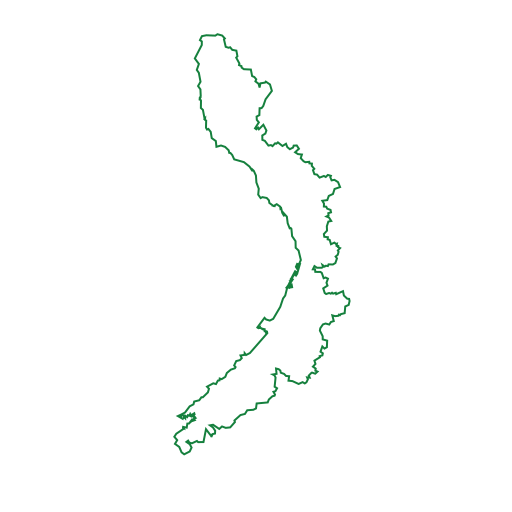 outline of Liguria, La Spezia, Italy, rotated 102°
{"feature_id": "23120603B90496191820000", "entity_name": "Liguria", "entity_type": "district", "adm_level": 2, "iso_a3": "ITA", "parent_name": "Italy", "parent_adm1": "La Spezia", "projection": "orthographic", "projection_center": [8.819, 44.226], "detail": "fine", "context": "isolated", "style": "outline", "palette": "green", "viewbox_px": 512, "rotation_deg": 102, "n_neighbors": 0, "source": "geoboundaries", "source_scale": "gbopen_adm2", "svg_char_len": 6082}
<svg xmlns="http://www.w3.org/2000/svg" viewBox="0 0 512 512"><g transform="rotate(102 256 256)"><path d="M83.1,292.5L81.3,294.8L80.8,297.2L74.7,299.8L75.8,306.7L74.7,309.2L73.3,309.7L72.8,312.3L71.1,312.3L66.1,316.6L64.5,315.7L59.2,317.9L59.3,322.1L57.2,324.7L58.0,326.1L57.7,329.1L50.7,332.4L49.7,331.7L47.4,334.9L47.1,339.8L48.9,341.6L50.4,350.4L52.2,354.6L56.5,355.7L57.4,353.6L60.9,352.9L75.5,356.9L80.0,351.8L86.3,352.6L88.7,350.0L97.1,346.5L101.8,348.0L104.6,345.0L111.1,343.3L112.7,343.8L112.8,343.5L113.2,343.8L114.6,343.7L115.5,343.3L114.2,343.7L113.9,343.5L115.5,342.1L122.7,340.7L124.1,338.3L132.5,334.8L133.7,335.3L132.0,334.4L133.4,334.2L133.9,332.9L140.9,331.6L142.5,330.2L141.6,329.0L144.0,326.1L149.9,323.8L151.9,319.2L157.4,317.4L155.2,313.2L155.7,308.9L158.3,304.7L160.7,303.6L160.5,302.5L162.1,300.3L166.0,297.4L166.7,287.3L169.9,280.9L173.3,277.5L173.6,276.8L172.9,277.6L172.1,277.6L173.1,275.9L177.3,272.8L184.0,270.9L189.6,267.3L195.5,266.6L198.4,263.5L197.1,262.0L197.0,257.6L198.9,254.9L201.3,254.0L203.5,249.2L203.4,248.5L203.2,247.2L203.2,248.9L201.0,246.5L202.7,242.6L204.7,241.9L204.1,241.3L208.3,239.3L211.3,236.6L208.2,238.0L211.1,234.0L217.4,231.8L221.9,228.8L221.4,227.9L222.1,227.0L229.1,224.8L233.3,220.4L239.7,218.9L241.8,215.5L250.6,211.3L254.8,212.2L255.3,213.5L258.5,213.5L258.7,212.4L255.7,211.8L255.4,211.4L262.6,211.9L263.6,213.3L263.4,212.0L264.8,212.0L266.5,212.7L265.7,213.3L267.5,213.1L262.6,214.1L270.5,216.2L271.1,215.4L271.9,216.3L271.8,215.4L277.8,217.7L278.2,216.5L276.8,215.1L279.0,214.2L279.5,215.5L278.2,215.8L279.6,216.3L279.7,217.2L278.8,217.1L279.1,217.6L280.2,217.2L280.2,218.4L279.5,218.2L280.2,218.4L279.5,218.2L280.7,218.9L288.6,219.2L291.9,220.7L300.7,221.7L313.9,226.1L316.3,229.1L316.0,232.9L314.7,234.8L326.4,240.2L325.2,239.1L325.9,238.4L325.0,237.5L325.7,237.5L325.5,235.7L326.2,234.7L326.5,232.8L325.8,233.2L325.8,232.3L327.7,231.9L327.5,230.7L328.2,230.6L328.2,230.3L329.0,230.3L329.2,230.1L328.2,229.3L329.1,228.9L352.2,241.8L354.9,245.1L353.4,246.9L355.1,246.6L356.5,250.5L358.9,248.7L361.2,250.1L362.9,253.5L367.6,254.6L368.9,252.9L370.2,253.3L372.4,257.0L376.5,260.2L380.6,260.9L383.6,264.0L383.4,266.0L385.2,265.8L385.8,267.4L389.6,268.5L389.4,271.3L394.0,276.7L395.6,274.4L399.4,274.7L405.2,278.6L405.5,280.0L408.9,281.5L411.2,286.2L414.1,286.3L416.8,289.6L423.9,292.9L426.3,295.8L427.4,293.6L429.4,293.0L428.6,292.4L429.3,291.5L427.0,291.9L427.8,289.8L425.9,289.5L426.1,288.5L424.6,287.7L426.1,287.2L426.2,286.7L424.6,287.0L425.1,286.2L422.7,283.7L423.5,283.3L424.4,285.2L425.2,284.4L426.4,285.4L426.3,286.1L426.3,286.5L426.4,285.4L424.9,283.6L426.5,283.1L425.8,282.8L426.7,281.8L427.0,283.3L427.4,281.9L428.4,283.0L429.3,281.8L430.4,283.6L429.9,284.0L431.2,284.9L430.4,285.1L433.8,286.7L434.2,288.3L438.3,288.1L438.3,291.3L439.7,290.5L439.5,291.5L440.4,291.2L446.4,297.0L449.8,298.3L452.5,294.8L456.6,296.2L458.7,291.4L463.5,288.0L464.9,285.0L461.0,280.2L456.8,279.2L453.9,281.6L452.3,285.4L450.7,284.0L452.4,282.4L452.5,279.7L449.2,275.3L450.1,273.9L448.9,268.7L435.8,268.9L440.4,263.6L440.2,262.7L442.4,262.1L439.2,261.4L438.2,259.2L435.4,259.6L432.6,262.5L431.2,265.8L430.0,262.9L432.8,256.0L429.8,253.8L430.4,249.9L429.0,245.6L422.8,242.1L421.4,242.9L414.8,238.1L412.8,234.0L408.7,232.5L407.0,226.7L405.1,224.3L400.1,224.7L396.8,214.1L393.7,213.6L389.8,210.8L388.8,208.8L387.6,208.6L385.2,210.7L384.2,208.9L381.0,207.9L380.0,210.6L370.8,211.6L368.9,213.1L368.4,214.9L367.0,211.4L361.9,213.0L362.0,210.3L363.0,208.4L365.0,207.5L365.5,204.0L367.1,201.7L366.7,198.6L371.2,198.3L370.8,194.3L372.3,187.7L369.7,184.2L370.5,181.8L369.0,180.4L365.8,179.6L364.1,180.8L363.8,178.2L362.0,179.5L359.1,177.7L358.4,177.0L358.8,173.6L356.3,171.8L355.8,174.1L353.7,174.2L352.4,177.3L349.2,175.4L346.2,177.1L341.7,172.4L340.7,172.9L339.4,170.4L337.3,170.4L336.2,173.0L330.7,172.3L332.3,169.8L330.5,167.7L324.0,168.8L323.7,173.4L320.6,174.1L315.7,178.0L313.3,178.1L309.0,176.3L307.6,173.9L307.8,170.1L305.0,169.0L303.5,166.4L298.2,169.0L298.4,166.1L297.4,163.1L296.1,162.6L296.5,161.6L295.2,160.9L293.5,157.4L286.8,158.2L284.6,155.2L280.6,155.1L278.6,156.0L278.8,157.9L276.4,161.8L272.3,163.6L276.7,169.6L275.4,170.3L276.8,172.8L276.1,174.0L277.3,175.0L277.0,176.8L278.6,179.5L277.9,181.1L273.7,183.5L270.1,179.9L267.5,181.5L263.2,180.9L262.6,183.5L263.7,185.2L258.9,188.1L258.2,189.6L259.2,194.7L256.8,195.5L257.2,197.6L253.7,196.7L254.8,194.0L253.8,189.2L252.7,188.1L251.0,189.1L252.1,186.6L251.0,185.7L250.9,183.6L249.1,183.3L248.3,179.0L246.4,176.9L241.5,176.3L240.0,178.0L237.8,176.3L234.7,176.1L233.6,177.1L230.8,175.4L230.3,177.5L228.3,177.7L229.7,178.2L229.3,179.4L227.1,179.4L227.6,180.3L226.6,182.1L228.9,185.1L224.9,187.3L224.8,189.4L222.7,189.6L223.0,193.2L220.4,194.2L216.4,191.8L212.2,192.9L207.3,192.4L206.1,189.7L203.2,192.6L202.7,195.3L201.2,193.5L199.1,194.2L197.7,191.7L195.4,192.7L194.9,196.2L193.2,197.5L193.5,199.9L190.6,200.4L188.2,202.6L186.5,197.9L182.1,197.3L179.3,193.6L174.1,193.1L171.1,188.1L166.7,191.1L165.2,195.1L166.3,197.8L163.5,199.7L162.0,199.4L161.8,202.6L164.2,204.2L163.6,206.2L166.1,210.1L163.7,213.2L163.8,215.9L160.2,218.1L158.6,217.1L156.2,220.2L154.0,220.5L154.3,223.0L152.8,223.5L154.0,227.2L153.4,229.2L151.0,232.6L147.2,232.2L147.6,236.1L146.4,239.3L142.2,236.3L139.4,239.1L140.2,242.1L142.2,242.3L144.5,245.1L143.0,248.0L140.0,250.0L142.9,253.0L140.3,258.2L141.9,259.4L141.8,260.7L145.1,262.7L144.4,264.4L145.4,266.8L141.5,271.3L141.1,273.9L136.8,274.9L134.3,272.3L131.1,271.9L126.1,276.1L131.4,279.5L130.0,280.7L132.0,282.0L131.3,283.5L124.7,281.0L122.7,283.5L119.5,284.4L117.5,282.0L110.7,283.2L110.2,281.3L107.8,280.1L100.7,279.2L91.2,274.8L85.3,278.0L83.4,282.7L84.5,283.2L86.2,287.6L90.5,287.5L87.0,289.3L85.3,292.9L83.1,292.5ZM430.1,295.1L428.5,296.1L426.5,296.0L428.8,299.1L430.1,295.1ZM277.8,218.0L271.2,216.6L277.9,218.3L280.1,219.3L281.6,220.1L277.8,218.0ZM270.3,216.7L261.8,214.3L270.3,216.7L272.0,217.5L270.3,216.7ZM258.3,214.7L260.7,212.4L260.4,212.5L260.0,212.7L258.2,214.7L254.2,213.9L258.3,214.7Z" fill="none" stroke="#15803d" stroke-width="2"/></g></svg>